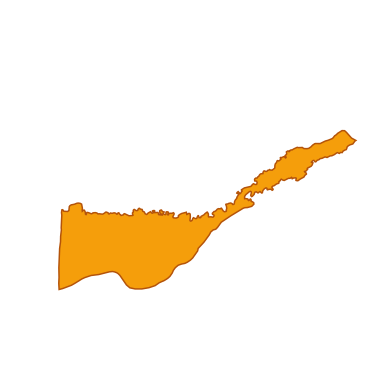 the district of San Lorenzo, Suchitepéquez, Guatemala, rotated 56°
{"feature_id": "79465075B60827763716614", "entity_name": "San Lorenzo", "entity_type": "district", "adm_level": 2, "iso_a3": "GTM", "parent_name": "Guatemala", "parent_adm1": "Suchitepéquez", "projection": "robinson", "projection_center": [-91.555, 14.28], "detail": "fine", "context": "isolated", "style": "filled", "palette": "amber", "viewbox_px": 384, "rotation_deg": 56, "n_neighbors": 0, "source": "geoboundaries", "source_scale": "gbopen_adm2", "svg_char_len": 6067}
<svg xmlns="http://www.w3.org/2000/svg" viewBox="0 0 384 384"><g transform="rotate(56 192 192)"><path d="M216.8,115.1L216.8,116.1L216.4,117.1L216.7,118.2L216.6,118.7L216.2,119.3L214.8,120.4L214.9,121.2L215.5,122.2L216.4,122.9L215.4,124.8L215.4,125.7L215.7,126.3L215.6,126.5L216.3,127.9L216.3,129.1L216.8,130.4L216.1,131.4L216.2,132.6L216.8,133.3L217.9,133.8L219.2,132.4L220.8,132.8L221.8,134.2L221.2,135.3L219.5,136.5L219.6,137.8L220.1,139.3L220.2,140.2L217.9,146.3L217.8,149.8L218.1,150.0L218.6,149.8L219.3,150.0L219.4,150.7L220.1,152.1L220.2,153.2L220.0,153.4L219.3,153.2L217.5,153.5L217.6,154.9L218.0,155.5L219.7,154.5L220.1,154.6L221.5,157.8L221.9,157.9L222.4,158.7L222.7,160.2L223.6,161.9L224.7,162.9L225.6,164.1L225.4,164.8L225.0,165.3L224.2,165.2L222.8,166.0L222.0,167.8L221.8,169.4L221.1,170.5L221.3,171.0L223.0,171.4L224.9,172.3L226.3,173.9L226.7,173.9L227.1,174.3L227.1,174.8L226.6,176.0L226.3,176.3L225.0,176.7L222.1,176.6L221.7,176.8L221.7,178.1L220.7,179.2L220.5,179.9L220.4,180.6L220.9,182.7L220.9,183.8L220.5,184.6L221.0,187.0L221.6,187.4L222.2,187.4L223.0,186.8L223.7,186.8L224.2,187.2L224.6,188.3L224.5,188.9L223.2,190.1L222.1,192.0L221.7,192.2L219.4,190.7L217.3,190.5L217.1,190.7L217.2,193.2L217.6,194.9L217.3,198.0L217.4,198.4L218.0,198.9L218.0,199.4L217.3,200.4L215.2,199.9L215.0,200.2L215.6,201.6L216.4,202.6L216.4,203.2L216.3,203.7L215.7,204.2L214.1,205.2L214.4,206.1L215.6,207.9L215.5,209.2L215.1,209.6L214.4,209.6L211.6,207.2L209.3,205.9L208.5,206.0L208.0,206.5L207.8,207.4L207.9,208.5L207.7,208.9L205.6,208.0L204.0,212.7L203.8,214.6L203.9,216.4L204.8,217.0L205.2,217.7L204.8,219.6L204.1,220.6L203.0,221.8L201.9,221.8L200.3,219.2L199.6,218.8L198.7,219.1L198.6,220.3L197.2,222.4L197.1,223.1L197.3,223.9L197.7,224.3L197.6,224.7L197.0,224.7L196.6,223.9L195.6,223.0L195.2,223.0L194.3,223.9L194.2,224.5L194.5,225.1L195.8,226.0L196.0,226.4L195.7,227.0L194.0,228.2L193.6,227.9L193.0,226.3L191.7,227.4L189.9,227.4L189.6,227.7L189.4,229.0L189.7,229.6L192.3,230.4L193.5,229.4L194.4,229.6L192.3,232.2L191.8,232.3L190.8,231.5L189.6,232.1L188.3,234.4L188.0,234.7L186.9,233.5L186.2,233.7L185.7,234.5L185.6,235.4L185.9,235.6L187.2,235.3L187.6,236.4L186.9,237.2L185.1,237.5L184.9,240.4L185.3,241.5L185.2,242.2L183.8,243.0L181.9,242.7L180.5,243.6L178.6,243.1L177.3,244.4L176.2,244.6L175.9,245.1L176.1,246.3L176.8,247.2L176.7,248.1L175.9,248.9L174.4,249.4L174.1,249.8L174.1,250.2L174.3,250.8L174.9,251.4L175.7,251.6L176.0,253.0L176.8,253.5L178.2,253.8L178.3,254.3L176.5,257.5L172.3,260.0L172.1,261.0L172.5,261.9L171.8,263.9L170.9,264.0L169.8,264.4L168.3,264.3L168.0,265.1L168.5,266.5L168.3,266.8L166.9,267.1L165.7,268.2L165.0,270.2L163.8,271.4L163.9,272.9L163.4,273.4L162.2,273.2L160.6,274.4L160.4,275.1L160.6,276.4L160.4,278.5L158.1,281.2L157.6,282.2L156.2,282.6L155.1,283.6L154.2,285.1L154.2,285.6L153.9,286.0L154.1,286.5L153.7,287.7L151.3,289.3L150.2,290.4L150.4,291.2L151.4,292.0L151.5,292.5L150.8,292.7L148.9,291.7L147.0,291.4L146.5,291.7L146.4,292.3L146.6,293.7L145.8,293.3L144.1,291.9L140.3,290.3L138.8,291.1L137.5,292.6L136.9,293.9L136.4,296.3L135.1,299.4L135.1,300.9L135.5,301.9L138.5,304.4L138.6,306.0L136.4,308.9L136.1,309.1L134.8,309.0L134.2,309.3L134.0,309.8L136.1,311.7L138.4,312.9L148.6,320.5L150.4,321.5L155.3,325.7L159.7,328.8L164.9,333.4L180.3,344.7L188.6,350.1L193.2,353.5L198.5,356.7L199.7,353.3L201.9,344.1L202.2,339.9L202.5,332.0L203.0,328.7L204.8,322.3L208.3,315.4L212.0,305.1L213.5,302.3L214.9,300.9L216.9,299.5L218.3,298.9L220.8,298.4L232.4,298.3L236.7,297.1L240.6,293.3L244.3,287.8L247.3,281.1L249.0,274.9L248.9,269.9L249.9,264.2L250.0,260.5L249.6,257.5L248.1,253.7L246.5,251.2L245.4,248.1L245.0,244.4L245.9,240.9L247.2,237.8L247.6,235.1L247.6,231.5L247.1,228.4L244.0,220.3L242.2,218.4L240.3,210.3L237.2,201.7L235.6,198.7L235.3,195.4L235.9,194.0L236.1,192.7L235.5,190.3L233.4,184.6L233.4,173.4L234.1,158.6L234.5,157.1L235.9,154.7L237.3,150.5L236.7,147.5L235.3,146.8L233.6,147.5L233.4,147.9L233.0,148.2L231.5,147.4L230.6,147.4L230.4,147.8L230.9,148.8L230.8,149.8L230.2,150.0L229.4,149.6L228.9,149.7L227.2,151.5L227.0,152.1L225.5,151.2L225.0,150.6L224.3,148.9L223.8,144.3L224.1,143.2L225.0,142.8L226.1,143.5L227.5,145.1L228.5,145.3L229.2,145.1L229.3,144.3L228.7,141.8L227.4,140.2L227.5,139.4L227.8,138.6L229.6,137.9L229.8,137.3L229.5,135.8L229.7,135.3L231.7,134.9L232.0,134.1L230.5,132.6L229.8,130.2L229.9,128.6L230.4,128.0L230.9,127.8L232.0,128.4L232.5,128.1L232.8,126.7L234.0,124.9L235.4,124.6L235.5,124.1L235.3,123.4L234.9,123.2L232.8,123.2L232.4,122.7L232.3,121.5L232.7,120.4L232.6,117.2L233.1,116.0L233.1,114.8L232.1,114.3L232.0,113.9L231.9,112.5L231.3,111.5L231.3,110.8L233.0,110.0L234.0,109.1L234.6,104.4L235.5,103.0L235.5,101.3L235.9,101.2L236.9,101.6L237.2,101.2L237.0,100.8L237.4,99.6L238.4,98.0L239.1,98.0L240.3,99.3L240.6,99.3L241.5,98.5L241.9,97.7L241.8,95.0L242.2,90.9L241.3,89.0L241.2,87.2L240.5,86.8L239.4,86.9L238.8,87.3L237.9,87.2L238.3,86.0L238.3,84.9L237.7,83.9L237.7,83.4L237.0,83.3L236.8,82.8L237.3,78.9L236.7,77.0L235.9,76.2L235.5,75.4L235.1,75.5L234.2,76.4L233.9,76.1L233.6,74.3L233.7,73.7L234.1,73.2L235.8,73.1L236.1,72.7L236.2,72.2L235.7,70.6L236.2,68.7L236.0,67.1L236.8,65.3L237.3,62.1L238.9,60.7L239.3,57.4L240.2,55.7L240.6,52.9L240.5,50.0L240.7,49.4L242.4,48.3L242.3,46.6L243.3,45.5L242.6,43.9L242.7,42.0L243.1,40.4L242.4,39.3L241.5,38.4L241.1,36.9L241.2,34.9L242.1,31.8L240.9,28.5L240.9,27.3L236.5,29.6L228.9,30.6L226.5,31.2L225.0,33.3L224.8,38.6L225.2,40.1L225.2,42.4L226.0,44.7L226.1,46.1L225.2,50.3L224.3,53.0L223.5,58.7L220.8,62.6L220.6,63.3L220.6,65.8L221.1,68.2L221.1,70.7L220.4,72.4L218.5,75.0L216.8,75.6L214.7,79.0L213.8,79.8L213.2,83.3L213.1,85.4L212.5,86.4L212.4,87.3L212.3,88.2L212.8,88.3L212.8,89.0L211.8,89.3L211.5,89.8L211.5,91.3L213.3,92.2L213.7,92.7L213.8,94.4L214.3,94.6L215.8,94.5L216.1,95.0L216.0,95.5L214.4,95.7L213.9,96.4L213.7,98.1L212.9,99.3L213.1,99.8L214.4,99.8L214.6,100.3L214.8,102.3L214.7,102.8L213.8,103.5L213.8,104.1L214.9,105.6L215.1,106.9L216.2,108.3L218.2,109.8L218.5,110.3L218.7,113.3L217.6,114.8L216.8,115.1Z" fill="#f59e0b" stroke="#b45309" stroke-width="1.5"/></g></svg>